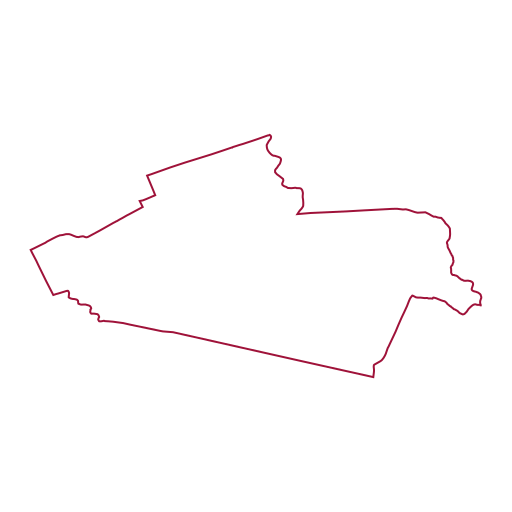 outline of Frasinet, Teleorman, Romania
{"feature_id": "2599482B88018046154860", "entity_name": "Frasinet", "entity_type": "district", "adm_level": 2, "iso_a3": "ROU", "parent_name": "Romania", "parent_adm1": "Teleorman", "projection": "natural_earth1", "projection_center": [25.422, 44.188], "detail": "fine", "context": "isolated", "style": "outline", "palette": "rose", "viewbox_px": 512, "rotation_deg": 0, "n_neighbors": 0, "source": "geoboundaries", "source_scale": "gbopen_adm2", "svg_char_len": 5942}
<svg xmlns="http://www.w3.org/2000/svg" viewBox="0 0 512 512"><path d="M373.3,377.1L373.9,372.2L374.0,371.0L374.0,369.7L373.7,366.8L373.8,365.7L373.9,365.1L374.1,364.9L374.4,364.6L379.0,362.0L380.4,361.2L381.2,360.6L381.8,360.1L382.4,359.4L383.5,358.0L384.7,356.0L385.3,354.8L385.8,353.7L386.4,351.9L387.6,348.4L387.9,347.7L388.5,346.7L390.6,342.2L393.4,336.3L395.6,331.6L398.4,324.9L401.6,317.6L403.9,312.8L407.0,306.1L408.9,301.2L410.0,298.7L410.8,297.4L411.1,297.1L412.1,295.8L412.3,295.6L412.6,295.6L414.4,296.5L415.9,297.3L416.3,297.4L417.9,297.6L420.5,297.6L423.9,298.0L424.7,298.1L426.5,298.0L427.2,298.0L427.8,298.2L428.4,298.4L428.9,298.5L430.1,298.4L432.5,298.6L432.9,298.0L433.0,297.8L433.3,297.6L433.6,297.6L434.2,297.7L436.6,298.4L437.4,298.8L439.4,299.6L441.4,300.4L443.3,301.0L444.4,301.2L445.3,301.7L445.9,302.3L446.5,302.7L447.1,303.7L447.9,304.4L448.7,305.0L449.9,306.1L450.6,306.3L450.8,306.4L451.2,307.0L452.6,308.0L453.0,308.3L453.6,309.0L453.9,309.2L454.6,309.3L457.1,310.7L457.7,311.1L458.4,311.8L459.5,312.9L460.0,313.2L462.4,314.3L462.8,314.4L463.4,314.3L464.0,314.1L464.5,313.9L465.0,313.4L466.7,311.7L467.5,310.5L468.5,309.0L470.1,307.4L471.4,306.2L472.4,305.4L473.5,304.7L475.0,304.3L475.4,304.3L475.8,304.4L476.3,304.6L477.2,304.8L478.0,304.9L478.7,304.9L480.1,304.7L480.4,305.3L480.7,305.3L480.7,304.8L480.4,304.1L480.2,303.0L480.1,302.1L480.2,301.3L480.3,300.6L480.7,299.6L480.9,298.8L481.2,298.2L481.3,297.9L481.2,296.7L481.1,296.3L480.8,295.6L480.7,295.0L480.5,294.6L480.3,294.3L480.1,294.1L479.1,293.3L477.9,292.5L477.4,292.3L476.9,292.2L475.8,291.7L474.6,291.5L474.0,291.2L473.5,291.2L473.2,291.0L472.4,290.5L472.1,290.2L471.8,289.8L471.7,289.4L471.7,288.7L472.5,286.4L473.0,284.9L473.1,284.2L473.0,283.5L472.9,283.0L472.7,282.6L472.3,282.2L471.8,281.8L471.0,281.4L470.4,281.1L469.2,280.9L468.3,280.7L466.9,280.7L465.3,280.8L464.0,280.7L463.4,280.5L462.4,279.8L461.7,279.8L461.5,279.7L461.0,279.4L460.4,278.8L460.2,278.6L459.7,278.5L459.5,278.3L458.7,277.5L458.3,277.2L457.8,276.6L456.8,275.9L456.1,275.6L455.0,275.4L454.4,275.1L453.9,275.0L453.0,275.0L452.5,274.8L452.0,274.4L451.4,273.3L451.2,272.8L451.1,272.2L451.2,270.6L451.1,269.8L451.1,268.7L450.8,267.8L450.8,267.6L450.9,267.1L451.3,266.3L451.6,265.7L452.5,264.8L452.6,264.4L452.8,263.4L453.3,262.5L453.4,262.1L453.5,260.7L453.3,260.4L453.1,259.4L453.1,259.1L453.1,258.2L453.1,257.9L452.8,257.3L452.5,256.1L451.9,255.5L451.7,255.2L451.4,254.3L450.5,252.8L449.6,250.7L449.0,249.6L448.0,247.8L447.7,247.0L447.6,246.2L447.6,245.4L447.4,244.4L447.0,243.3L446.9,242.8L447.0,242.3L447.1,241.9L447.9,240.7L448.5,240.0L449.2,239.1L449.6,238.3L449.7,237.5L449.9,236.4L450.1,234.7L450.1,233.3L449.9,228.9L449.8,228.4L449.0,227.1L448.2,226.0L447.4,225.1L445.8,223.6L445.3,223.1L445.1,222.5L443.3,220.1L442.4,219.2L441.9,218.6L441.4,218.0L440.9,217.8L440.4,217.9L440.1,217.9L439.2,217.7L437.8,217.5L436.7,217.1L435.5,216.7L433.7,216.7L431.4,215.5L429.1,214.1L425.4,212.3L417.5,212.7L414.9,212.1L409.3,210.2L407.9,209.8L405.9,209.3L402.9,209.5L397.2,208.8L395.0,208.8L391.5,208.9L363.6,210.4L346.2,211.4L330.7,212.1L310.5,213.0L297.4,214.1L298.9,211.8L299.9,210.4L301.5,208.7L302.6,207.1L303.0,206.4L303.2,205.8L303.3,203.0L303.1,199.9L302.7,197.4L302.7,195.8L302.8,194.7L302.9,193.3L302.8,192.4L302.4,190.8L302.1,190.0L301.5,189.2L301.1,188.8L300.7,188.5L300.0,188.3L299.5,188.2L296.5,188.1L295.8,187.8L294.7,187.8L293.3,188.0L291.1,188.2L290.1,188.1L288.3,188.0L287.7,187.9L287.4,187.7L286.7,187.2L286.2,186.9L285.2,186.6L283.8,186.0L282.7,185.1L282.3,184.7L282.2,183.9L282.2,183.4L283.1,181.3L283.3,180.5L283.3,180.2L283.1,179.2L283.0,178.9L282.5,178.5L279.3,176.0L278.3,175.3L276.7,174.1L276.1,173.3L275.5,172.7L275.2,172.4L275.1,172.0L275.1,170.8L275.1,170.2L275.5,169.5L276.0,168.8L276.8,168.0L277.5,167.0L278.3,165.7L279.7,164.0L280.2,162.9L280.9,160.6L281.0,159.3L280.8,158.7L280.4,158.1L280.0,157.7L279.5,157.4L278.3,156.9L274.8,155.8L273.5,155.7L272.3,155.2L271.0,154.2L269.6,152.8L268.4,151.2L267.8,150.3L267.2,148.9L266.8,147.0L266.8,146.3L266.7,145.3L266.8,144.8L267.1,144.2L268.7,141.3L270.5,139.0L270.8,138.3L271.0,137.5L271.1,136.9L270.9,136.2L270.6,135.7L270.2,135.3L269.6,134.9L268.9,135.3L268.1,135.4L267.6,135.5L257.8,139.0L252.2,140.9L246.7,142.7L243.1,143.9L239.3,145.0L235.3,146.3L233.0,147.0L232.7,147.2L232.4,147.5L232.1,147.4L231.8,147.5L223.0,150.5L211.3,154.4L201.0,157.6L184.9,162.6L170.4,167.4L151.6,174.1L147.1,175.6L153.1,190.0L155.2,195.2L146.4,199.0L142.8,200.4L139.7,201.0L142.7,207.0L128.9,214.4L126.9,215.4L122.4,218.0L119.4,219.6L117.1,221.0L115.7,221.6L115.5,221.8L113.5,222.8L99.9,230.5L88.2,236.8L87.4,237.1L86.6,237.3L85.7,237.2L85.0,237.0L84.1,236.6L83.5,236.4L82.7,236.3L80.0,236.7L78.7,237.1L76.5,236.9L73.8,235.9L71.0,234.7L69.4,234.2L68.7,234.1L67.0,234.1L65.8,234.2L62.7,235.0L59.5,235.4L59.1,235.7L57.9,236.1L56.3,236.8L52.7,238.6L47.2,241.5L45.3,242.8L43.0,243.9L33.7,248.5L30.7,249.9L32.0,252.6L35.3,258.9L36.4,261.0L37.8,264.0L39.1,266.7L46.1,281.0L53.3,295.0L56.3,294.0L57.9,293.6L66.4,291.0L66.9,290.9L67.4,290.8L67.7,290.8L68.1,290.9L68.3,291.1L68.8,292.1L69.0,292.7L69.1,293.1L68.7,297.0L68.7,297.3L68.9,297.5L70.5,298.4L72.4,298.9L74.6,299.1L75.9,299.4L76.7,299.6L77.4,300.1L78.0,300.8L78.1,301.4L78.2,302.9L78.3,303.4L78.5,303.8L79.5,304.0L80.1,304.4L80.6,304.5L81.3,304.6L85.3,304.5L86.1,304.7L88.9,305.5L89.5,305.8L90.1,306.2L90.7,307.0L91.0,307.6L91.2,308.3L91.1,308.7L90.5,309.4L90.4,309.6L90.5,309.9L90.2,312.0L90.5,312.7L91.0,313.4L91.2,313.6L91.6,313.7L93.0,313.6L94.5,313.7L97.1,314.1L97.5,314.2L97.7,314.3L98.1,314.8L98.4,315.1L98.8,315.9L99.1,316.7L99.1,316.9L99.1,317.2L98.6,318.0L98.3,319.0L98.2,319.4L98.4,320.0L98.6,320.4L98.9,320.9L99.1,321.2L99.5,321.3L101.1,321.3L102.9,321.0L103.6,320.8L104.1,320.8L104.6,321.0L104.8,321.1L108.3,321.3L113.0,321.7L123.3,323.1L129.9,324.6L160.2,330.9L162.9,331.4L173.0,332.2L301.0,361.0L373.3,377.1Z" fill="none" stroke="#9f1239" stroke-width="2"/></svg>